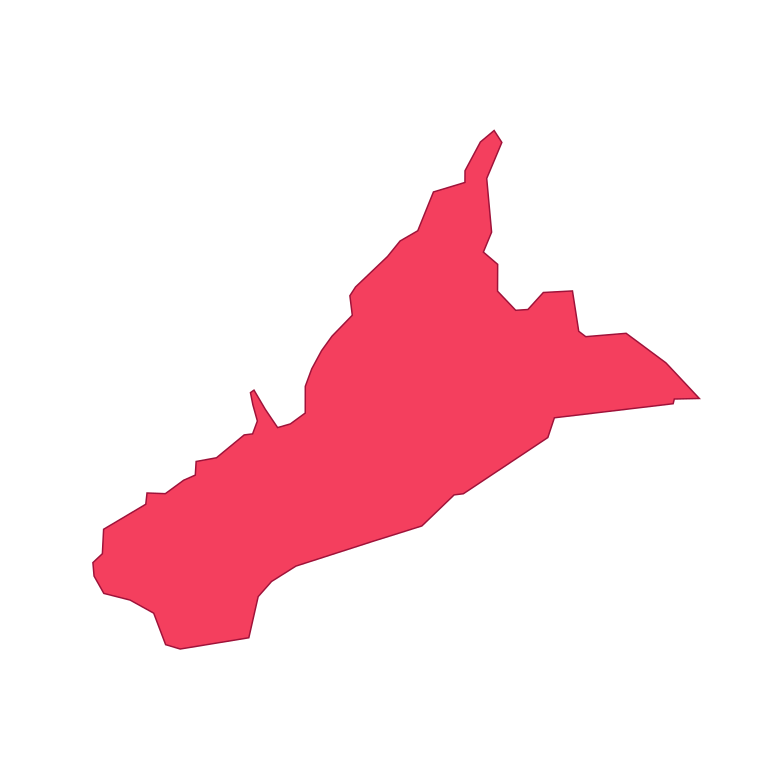 outline of Tillabéri, Tillabéri, Niger, rotated 83°
{"feature_id": "23599985B45975933186230", "entity_name": "Tillabéri", "entity_type": "district", "adm_level": 2, "iso_a3": "NER", "parent_name": "Niger", "parent_adm1": "Tillabéri", "projection": "mercator", "projection_center": [1.394, 14.379], "detail": "fine", "context": "isolated", "style": "filled", "palette": "rose", "viewbox_px": 768, "rotation_deg": 83, "n_neighbors": 0, "source": "geoboundaries", "source_scale": "gbopen_adm2", "svg_char_len": 995}
<svg xmlns="http://www.w3.org/2000/svg" viewBox="0 0 768 768"><g transform="rotate(83 384 384)"><path d="M145.8,243.8L155.5,258.8L182.2,277.6L193.8,279.1L199.4,311.5L236.0,331.8L244.0,350.6L257.9,365.0L284.2,400.4L292.2,407.1L311.9,407.1L330.2,429.8L343.3,441.9L360.2,453.9L376.7,462.4L403.2,465.7L412.2,481.8L414.3,494.9L394.7,504.9L374.2,513.8L376.3,517.6L388.6,516.7L405.3,514.2L417.5,520.5L417.5,529.0L436.8,559.3L438.0,579.9L451.4,582.4L455.1,594.6L466.2,614.4L463.3,632.5L474.3,635.1L494.0,680.0L518.1,684.2L525.8,694.7L539.3,695.2L557.7,687.6L567.5,662.4L583.4,640.5L616.1,632.5L622.2,618.6L619.4,549.1L579.7,534.8L566.3,519.7L554.0,493.6L538.9,414.8L529.5,363.7L502.6,327.9L502.6,318.6L457.1,227.9L438.3,219.0L438.8,99.4L434.3,97.7L436.8,72.8L397.5,101.5L363.2,137.5L361.6,178.0L355.4,184.3L314.6,185.6L312.6,214.7L327.6,232.1L326.9,244.3L305.7,260.0L279.1,256.6L265.2,269.3L246.4,258.7L192.5,257.0L158.6,237.6L145.8,243.8Z" fill="#f43f5e" stroke="#9f1239" stroke-width="1.5"/></g></svg>